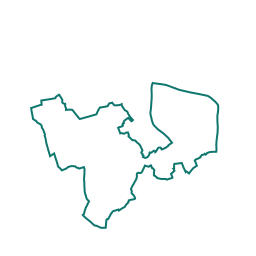 Long Ho, Vĩnh Long, Vietnam, rotated 55°
{"feature_id": "81297802B86807381296423", "entity_name": "Long Ho", "entity_type": "district", "adm_level": 2, "iso_a3": "VNM", "parent_name": "Vietnam", "parent_adm1": "Vĩnh Long", "projection": "mercator", "projection_center": [105.971, 10.232], "detail": "fine", "context": "isolated", "style": "outline", "palette": "teal", "viewbox_px": 256, "rotation_deg": 55, "n_neighbors": 0, "source": "geoboundaries", "source_scale": "gbopen_adm2", "svg_char_len": 5944}
<svg xmlns="http://www.w3.org/2000/svg" viewBox="0 0 256 256"><g transform="rotate(55 128 128)"><path d="M105.3,81.9L106.4,83.5L107.2,84.4L109.2,86.1L109.8,86.6L112.7,88.4L116.2,90.8L119.2,93.1L120.5,94.3L121.5,95.0L125.6,98.4L127.3,100.0L128.5,101.0L129.8,101.8L130.5,102.1L131.8,102.5L135.0,103.9L137.0,104.6L139.6,105.2L140.4,105.2L141.3,105.1L141.8,105.0L144.4,104.6L146.1,104.3L152.7,102.1L154.0,101.8L158.5,100.8L159.2,100.7L159.8,100.7L163.0,100.5L163.7,100.5L165.3,100.4L165.3,104.6L165.4,105.0L165.8,105.6L165.7,106.7L165.7,107.5L165.9,108.4L165.5,109.6L165.3,111.4L165.1,112.3L164.8,112.8L163.5,112.5L163.1,112.4L162.9,112.5L162.6,112.7L162.2,113.2L161.9,113.8L161.7,114.5L161.7,115.0L161.8,115.2L162.1,115.8L163.0,117.9L163.2,118.3L163.4,118.9L163.4,119.4L162.7,119.0L162.4,119.0L162.1,119.1L161.6,119.8L161.5,120.0L161.5,120.3L161.5,123.3L161.2,123.8L160.5,124.3L161.0,124.9L161.5,125.3L161.9,125.8L162.4,126.7L162.7,127.6L162.9,128.4L163.0,128.9L162.8,129.5L162.5,130.9L162.1,131.3L161.6,131.6L160.9,132.0L160.3,132.4L159.6,131.2L158.2,131.6L157.8,131.0L156.0,131.3L155.7,131.2L155.4,130.8L155.0,129.5L154.7,129.0L154.2,128.9L150.3,128.3L149.0,128.1L147.9,128.1L144.7,129.0L142.7,129.2L142.2,129.4L141.9,129.7L141.1,130.6L140.9,131.0L140.5,131.4L136.9,132.0L135.4,132.4L134.9,132.3L134.7,132.1L134.5,131.5L134.3,131.3L134.1,131.2L131.6,130.6L130.8,132.0L130.7,132.5L130.5,134.2L130.3,134.6L129.9,135.1L128.8,135.9L128.3,136.6L128.0,137.4L122.3,136.0L122.1,135.9L122.1,135.6L122.3,134.7L122.6,134.1L123.2,131.8L123.2,130.8L122.1,130.5L121.8,130.4L121.6,130.2L121.5,129.7L121.7,129.0L121.7,128.6L120.9,128.5L120.0,127.1L119.9,126.6L119.8,122.7L119.9,122.0L124.2,121.4L124.4,121.3L124.5,120.5L124.3,119.4L119.9,119.9L116.9,119.8L116.3,119.7L115.0,119.3L114.1,119.3L113.0,119.6L112.6,119.9L111.5,120.4L111.0,120.4L106.3,120.3L105.8,120.1L104.9,119.5L104.8,120.4L104.2,122.0L102.8,124.5L102.0,125.7L101.5,126.1L101.3,126.2L98.1,126.5L98.0,127.3L97.8,127.9L97.3,128.4L97.2,128.7L97.2,128.9L97.3,129.6L97.5,130.5L97.8,131.0L98.2,131.4L98.4,131.8L98.4,132.1L97.2,135.1L95.8,138.0L95.1,139.1L95.6,140.5L97.0,143.3L98.7,146.1L98.2,147.5L95.8,154.5L94.8,157.2L94.1,159.3L93.0,162.3L92.8,162.4L91.1,162.6L81.1,163.2L79.8,164.9L79.3,165.5L77.6,168.4L76.5,167.6L75.9,167.3L74.6,167.1L73.9,166.9L73.2,166.4L72.5,165.7L72.2,165.6L72.1,165.9L71.8,166.3L70.1,167.1L69.7,167.2L69.0,167.0L68.3,166.5L67.6,165.8L67.1,165.6L66.1,165.5L61.2,165.3L61.1,165.5L61.1,167.3L61.1,169.0L61.2,169.3L61.3,169.6L61.8,170.3L61.7,171.0L61.4,171.5L59.9,174.8L56.6,181.5L55.8,183.3L59.4,185.4L59.1,185.8L56.1,195.9L59.5,197.6L63.9,199.5L66.1,200.6L67.7,200.0L68.3,199.9L68.9,199.4L69.9,199.2L71.1,199.2L71.6,199.1L72.0,199.0L73.9,198.0L74.3,197.8L75.2,197.5L75.9,197.4L76.6,197.4L78.1,198.3L78.8,198.4L80.6,198.4L81.6,198.7L85.6,199.7L86.1,200.1L86.4,200.7L88.2,201.2L89.2,201.5L92.5,203.1L94.7,204.0L96.9,204.7L99.9,205.8L104.1,207.2L106.4,208.0L106.4,204.7L106.5,203.1L109.8,204.2L114.8,205.7L117.7,206.7L119.0,207.2L119.3,207.3L119.9,207.3L120.5,207.2L121.3,206.9L123.8,206.5L124.8,206.4L125.7,202.4L125.8,201.2L125.6,199.5L126.5,196.7L127.8,194.7L128.7,193.9L128.9,193.5L129.2,193.4L129.5,193.1L130.7,192.9L131.1,192.7L131.6,192.4L132.1,191.7L132.9,191.6L133.1,191.4L133.5,190.5L134.7,186.6L136.2,187.0L137.2,187.5L138.3,188.3L140.0,189.6L140.7,190.1L142.0,191.2L145.3,193.8L146.8,194.5L149.8,196.6L153.0,198.5L153.9,199.2L155.0,199.8L157.0,200.7L157.9,201.0L159.4,201.4L162.1,202.4L162.9,202.4L163.7,202.3L164.7,202.1L165.7,202.0L167.3,205.0L167.6,205.4L169.3,208.7L171.3,211.3L173.2,213.4L173.3,214.9L175.3,214.7L177.9,214.1L183.4,212.5L186.8,211.8L188.9,211.2L189.2,210.6L189.7,210.2L190.6,209.5L191.1,209.2L193.9,207.7L194.8,206.6L196.9,203.5L191.6,199.0L190.7,198.0L190.6,197.6L191.1,196.9L191.2,196.5L191.1,196.1L190.9,195.7L189.9,194.0L189.7,193.3L189.2,192.4L188.6,191.5L188.0,189.5L187.6,188.0L189.3,182.6L190.4,182.8L190.4,179.3L190.7,176.3L190.7,175.7L189.7,173.5L189.6,172.9L189.5,171.7L189.4,171.2L188.9,170.9L188.8,169.8L187.7,168.9L188.7,166.2L189.3,165.1L189.8,163.8L189.9,163.4L189.9,162.9L189.8,162.6L189.1,162.3L187.5,162.0L185.7,162.0L184.7,162.3L183.8,162.4L183.2,162.3L182.2,161.3L181.6,161.0L180.0,160.7L179.7,160.5L178.5,158.6L177.4,156.4L177.1,155.4L176.2,153.9L175.4,152.1L174.4,150.2L173.4,149.1L172.9,148.6L171.1,147.4L170.4,146.5L170.4,145.9L170.5,145.4L170.8,145.0L172.1,143.5L172.2,143.1L172.2,142.6L172.2,142.3L171.7,141.2L169.7,137.7L168.9,136.3L168.5,135.8L170.0,134.6L170.2,134.3L170.4,134.1L171.5,133.4L171.6,133.0L171.5,131.3L171.7,130.6L171.9,130.5L173.1,131.1L173.9,131.0L174.2,131.1L174.4,131.3L174.6,131.3L174.9,131.2L175.4,130.7L175.7,130.6L176.6,130.7L176.9,130.6L177.2,130.5L177.5,130.5L178.0,130.9L179.0,132.1L179.8,132.6L180.4,132.9L180.7,133.1L181.3,133.8L181.5,133.9L182.0,133.9L183.0,133.2L184.1,133.1L184.5,133.0L184.9,132.7L185.4,132.7L185.8,132.8L188.3,130.5L189.2,129.5L190.9,127.0L191.4,126.3L192.3,126.0L192.5,125.9L192.7,125.5L192.9,124.5L194.3,120.4L194.2,120.1L193.3,119.7L190.9,119.2L190.2,119.0L189.8,114.6L189.7,114.5L188.4,114.4L188.1,114.1L188.0,113.7L187.9,113.7L187.4,113.9L187.5,113.5L187.4,113.3L184.6,111.4L184.1,110.8L184.0,110.5L185.5,108.0L186.0,106.9L187.5,104.0L189.1,104.4L192.7,105.3L194.4,105.5L195.4,105.8L197.1,106.0L196.9,105.4L197.2,104.9L197.5,104.8L200.2,104.1L199.2,100.9L198.3,97.7L198.4,93.2L195.8,92.6L195.0,92.3L194.1,92.2L193.1,92.1L192.9,91.8L192.6,90.9L193.3,87.9L193.6,85.7L193.5,85.4L193.1,85.2L192.9,84.9L192.8,84.0L192.5,82.9L192.8,82.3L193.3,81.0L193.3,80.3L193.2,80.0L194.1,79.8L194.4,79.6L194.3,78.8L193.8,77.4L194.2,76.6L194.3,75.7L195.3,73.5L198.1,69.3L196.0,67.6L192.5,65.4L188.8,62.4L182.7,56.9L178.4,53.7L173.9,51.0L169.0,47.6L166.8,45.4L163.6,42.7L161.7,41.5L160.6,41.1L159.5,41.1L156.6,41.4L150.3,43.0L147.5,44.2L141.7,49.6L134.8,56.3L126.3,64.0L114.8,72.0L113.0,73.7L108.0,79.1L105.9,81.4L105.3,81.9Z" fill="none" stroke="#0f766e" stroke-width="2"/></g></svg>